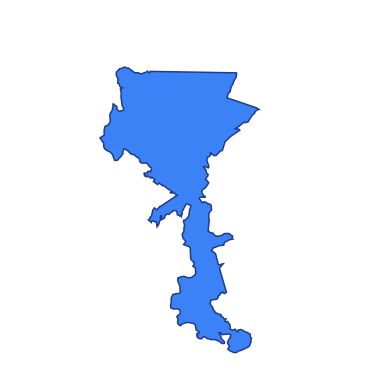 Santa María Petapa, Oaxaca, Mexico, rotated 118°
{"feature_id": "50627088B19284928966846", "entity_name": "Santa María Petapa", "entity_type": "district", "adm_level": 2, "iso_a3": "MEX", "parent_name": "Mexico", "parent_adm1": "Oaxaca", "projection": "natural_earth1", "projection_center": [-95.032, 16.899], "detail": "fine", "context": "isolated", "style": "filled", "palette": "blue", "viewbox_px": 384, "rotation_deg": 118, "n_neighbors": 0, "source": "geoboundaries", "source_scale": "gbopen_adm2", "svg_char_len": 6072}
<svg xmlns="http://www.w3.org/2000/svg" viewBox="0 0 384 384"><g transform="rotate(118 192 192)"><path d="M112.4,306.4L113.0,307.3L113.2,309.5L113.6,310.6L115.3,311.6L117.2,313.8L121.8,315.0L124.6,313.6L126.4,310.9L127.6,310.1L130.9,308.6L130.8,307.2L132.1,305.8L133.2,303.9L132.7,302.2L134.7,303.6L137.7,301.1L141.8,299.1L148.9,293.9L149.7,292.2L150.8,291.2L152.5,291.3L154.7,293.9L154.8,294.7L154.3,297.2L152.2,298.1L151.8,298.7L151.2,303.0L152.6,302.6L153.4,301.7L155.6,301.5L156.4,300.9L162.1,301.0L167.3,297.7L169.0,297.1L173.0,297.8L174.2,299.3L175.3,299.6L177.8,298.9L179.7,298.1L182.5,296.4L183.2,296.4L187.5,298.6L190.5,292.7L193.3,291.3L194.5,290.0L195.3,287.4L195.2,282.9L195.5,281.4L196.9,279.1L200.4,275.2L199.8,273.7L198.4,272.4L196.7,272.3L194.4,271.5L190.5,270.9L189.6,271.7L185.8,272.3L185.5,270.2L185.9,267.6L186.9,264.7L187.1,263.0L186.2,260.7L186.9,258.3L187.1,256.7L187.0,255.1L187.6,253.9L189.6,252.4L190.0,251.6L190.1,250.5L189.9,249.5L188.3,246.9L187.9,245.7L188.3,243.5L189.1,242.6L189.7,240.9L189.6,239.5L190.1,238.7L193.7,238.2L193.6,238.8L194.4,240.5L194.7,240.8L196.1,240.4L196.5,240.5L197.7,243.1L198.9,242.6L198.8,241.8L200.0,241.5L199.9,239.2L198.7,239.0L199.1,234.9L197.9,234.6L198.4,230.7L200.9,231.0L201.6,225.8L199.6,225.4L200.2,220.8L199.6,220.7L200.6,214.7L200.7,211.8L201.1,210.5L202.6,210.9L202.9,210.1L201.4,209.1L201.7,209.0L202.0,208.2L201.0,207.5L201.7,205.4L201.8,203.5L204.1,205.0L204.6,205.0L220.3,213.5L220.2,213.7L224.1,214.5L223.7,217.8L226.1,218.1L232.1,216.6L234.4,217.1L236.8,216.9L237.2,217.3L238.0,213.7L237.2,214.0L236.3,213.5L235.8,212.7L236.0,211.7L235.0,209.7L239.1,206.5L235.5,206.2L233.7,206.9L232.0,206.7L230.5,207.1L228.5,208.4L226.7,208.3L227.5,208.0L227.7,207.4L228.4,207.7L230.5,205.7L227.8,204.0L226.5,204.6L224.2,204.2L223.3,203.7L222.4,201.7L220.8,201.4L218.3,199.9L217.9,200.2L217.4,200.2L216.7,199.3L216.2,197.5L216.2,196.9L217.5,195.0L218.8,194.6L219.0,194.2L218.8,192.7L219.0,191.5L218.2,191.0L218.7,189.8L217.8,190.3L215.8,190.3L215.4,190.9L214.3,191.5L205.1,191.5L204.7,190.5L204.7,188.3L204.4,187.2L204.7,186.6L205.5,186.2L209.1,185.6L215.3,183.5L218.9,184.4L219.9,184.8L220.6,186.0L221.7,186.0L224.6,183.1L227.9,182.1L230.6,180.6L232.6,180.9L234.4,180.6L237.2,177.9L238.4,174.6L239.0,174.0L239.4,174.3L242.4,174.8L241.6,168.9L242.2,167.1L245.3,165.6L251.6,161.7L252.4,160.6L252.6,158.5L253.6,157.7L253.7,156.6L254.6,156.1L256.9,156.5L257.2,156.2L257.4,153.6L257.7,153.2L259.6,152.2L260.4,151.4L262.5,150.4L263.9,150.5L267.3,152.1L268.7,153.6L269.4,155.0L270.0,157.3L270.2,159.4L272.0,162.0L273.7,163.1L274.3,164.0L274.9,164.0L277.7,162.4L280.5,158.8L282.2,157.6L284.6,156.4L285.5,155.2L287.0,155.4L287.7,155.9L289.4,158.5L291.6,160.8L292.1,160.8L294.9,160.6L296.2,160.3L299.0,158.6L302.6,157.5L304.3,156.1L304.0,153.4L302.1,150.3L301.8,148.0L302.1,147.1L303.9,145.8L305.5,145.6L308.7,146.9L309.4,146.7L309.9,145.4L310.5,145.0L314.4,143.3L315.6,141.0L315.6,140.0L315.3,139.4L314.9,139.0L313.7,139.1L313.0,138.6L310.4,136.1L309.0,134.2L307.4,129.1L307.4,127.1L311.6,123.8L311.9,123.1L311.9,120.8L312.3,120.1L313.0,119.6L313.5,120.0L313.7,120.7L314.4,121.1L315.7,120.9L316.2,120.3L316.3,119.5L317.0,119.9L317.4,119.5L317.8,118.7L318.0,117.7L317.8,115.9L317.4,115.2L316.8,114.5L314.3,113.9L313.9,112.9L314.3,109.6L313.6,108.1L313.4,105.6L311.9,103.3L311.3,100.5L311.1,97.9L311.6,95.5L311.3,93.3L310.5,92.5L309.9,92.4L308.9,93.2L308.2,95.8L307.4,97.7L305.4,99.1L303.7,102.0L302.9,101.3L302.7,100.8L303.1,99.8L303.6,99.2L303.4,97.8L300.7,93.8L300.0,92.5L299.9,91.4L300.2,90.6L301.3,90.2L306.8,90.2L308.8,89.6L310.6,86.7L311.3,86.5L313.5,86.7L314.1,86.3L314.4,84.2L314.1,79.5L313.2,78.0L312.1,76.9L310.7,76.5L309.4,74.9L305.7,71.8L304.3,71.0L303.4,70.1L301.0,69.0L296.9,69.5L296.8,70.0L293.3,70.8L292.9,71.0L292.6,72.6L290.2,73.8L290.1,77.3L290.6,80.3L290.2,81.1L290.3,82.8L290.6,84.5L292.2,86.4L294.1,86.0L293.9,87.6L292.9,89.2L293.2,90.0L294.7,90.8L294.9,91.3L295.0,93.9L294.8,94.4L293.5,94.7L291.0,96.7L290.5,98.6L290.1,99.3L289.8,99.3L289.7,100.0L290.6,100.5L290.8,101.2L290.4,102.2L288.3,102.4L288.0,102.6L288.8,103.2L288.8,104.1L288.0,106.0L288.1,107.7L286.8,108.5L286.7,109.0L286.7,109.6L287.7,111.0L287.1,112.6L287.9,114.7L287.5,115.5L286.5,115.8L286.4,117.6L285.0,118.6L284.1,119.7L282.2,123.6L281.6,123.9L280.9,123.7L279.4,124.4L278.4,124.4L275.1,119.9L272.8,119.4L271.8,120.2L269.9,119.0L268.0,119.6L267.4,118.5L266.0,118.3L266.0,117.5L266.4,117.1L266.5,115.9L266.3,115.5L264.4,114.5L246.3,132.1L240.8,130.8L241.4,131.7L243.1,132.8L243.5,133.6L243.6,134.8L235.5,142.2L234.8,145.3L235.1,147.2L234.6,147.3L232.9,146.8L231.4,147.2L230.1,145.7L226.1,142.3L225.5,140.9L224.7,140.2L224.2,139.0L221.8,139.6L220.6,139.4L219.6,138.4L216.9,136.8L214.2,133.7L213.6,135.1L211.8,135.4L211.8,137.5L211.3,139.5L211.6,140.6L213.6,144.0L216.1,145.1L218.1,147.3L219.5,149.6L219.6,151.6L219.1,153.1L218.6,153.6L218.5,154.5L219.3,156.8L218.7,159.6L208.8,163.5L206.9,165.2L203.0,166.9L201.8,167.0L198.6,166.3L194.8,168.9L194.3,170.0L194.7,172.4L195.1,172.6L194.7,173.3L194.6,176.3L195.0,176.9L196.5,177.6L196.7,178.1L195.3,180.3L194.8,182.0L194.2,182.6L193.4,182.7L192.0,181.4L191.3,179.3L190.6,178.0L189.8,178.2L189.7,179.9L188.9,181.7L187.7,183.0L186.1,183.8L184.5,183.5L181.9,182.1L176.4,181.5L175.8,181.8L174.5,185.1L174.4,185.8L172.3,186.0L170.3,185.6L169.1,185.9L167.8,188.9L166.0,189.9L164.6,193.5L164.2,193.6L163.5,192.8L163.0,188.9L161.5,189.0L157.3,193.6L156.0,194.2L153.4,194.3L152.5,193.4L151.2,193.2L150.2,193.2L148.8,194.0L149.6,189.6L148.3,187.8L145.9,187.3L144.8,186.6L143.0,186.6L141.1,184.7L132.1,186.4L124.4,183.8L115.0,178.8L114.6,179.7L114.7,180.9L115.8,182.9L115.9,183.5L111.7,181.2L106.0,179.0L105.7,178.7L105.9,177.6L103.8,175.5L96.0,174.9L93.4,173.7L91.3,174.0L88.6,172.8L87.7,171.6L87.4,174.4L92.4,205.2L88.0,206.3L85.3,205.4L81.2,206.8L77.3,206.6L74.5,207.1L70.2,207.0L67.8,207.6L66.5,208.5L66.1,208.4L66.0,208.8L105.1,285.5L107.0,285.5L106.2,288.1L106.9,288.2L107.4,288.5L112.0,292.8L111.8,295.0L113.6,298.6L112.4,306.4Z" fill="#3b82f6" stroke="#1e3a8a" stroke-width="1.5"/></g></svg>